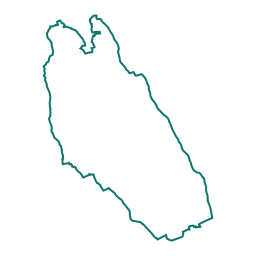 the district of Gaiceana, Bacau, Romania
{"feature_id": "2599482B22664417708487", "entity_name": "Gaiceana", "entity_type": "district", "adm_level": 2, "iso_a3": "ROU", "parent_name": "Romania", "parent_adm1": "Bacau", "projection": "equal_earth", "projection_center": [27.202, 46.364], "detail": "fine", "context": "isolated", "style": "outline", "palette": "teal", "viewbox_px": 256, "rotation_deg": 0, "n_neighbors": 0, "source": "geoboundaries", "source_scale": "gbopen_adm2", "svg_char_len": 5528}
<svg xmlns="http://www.w3.org/2000/svg" viewBox="0 0 256 256"><path d="M62.9,164.2L66.4,163.5L66.8,163.5L69.1,163.3L69.2,163.0L69.5,163.3L69.7,163.9L69.8,164.3L71.2,164.2L71.2,164.6L71.7,164.9L71.8,165.3L72.0,165.5L72.2,166.0L72.2,166.6L73.5,166.9L73.7,167.1L74.0,167.1L74.6,166.7L75.9,167.8L75.9,168.6L77.2,170.4L78.5,171.7L78.9,172.2L80.3,173.0L81.3,174.6L82.3,175.5L82.2,176.1L82.5,176.9L83.3,177.6L87.9,175.3L90.2,174.8L89.9,174.2L91.1,174.5L93.5,174.6L94.4,177.6L95.9,181.0L95.9,181.3L96.9,182.7L97.6,183.3L98.0,183.1L98.8,183.9L99.6,184.5L100.4,185.2L100.5,185.8L101.2,187.2L103.4,190.6L107.8,188.7L108.5,188.1L109.1,188.5L111.3,190.6L112.3,191.2L113.2,192.1L114.1,192.5L114.8,193.3L115.7,195.0L116.9,196.1L118.0,197.3L122.0,200.3L123.4,203.2L125.5,205.5L128.7,209.8L129.2,210.3L129.8,212.3L129.9,213.6L129.8,215.1L130.3,217.3L130.5,218.8L130.8,218.9L131.4,220.0L131.9,220.5L139.0,221.9L140.6,222.3L141.2,222.7L141.9,223.7L142.7,223.9L144.3,225.4L146.8,228.2L147.1,228.4L151.7,233.3L154.1,236.5L155.8,238.0L156.6,238.1L157.1,239.2L157.6,239.5L160.3,238.0L165.9,235.0L166.2,236.0L166.4,236.3L166.4,237.1L167.2,238.8L170.5,240.3L171.9,240.6L172.7,240.2L173.6,240.0L175.7,239.1L177.1,238.7L182.0,236.9L182.8,235.9L182.9,235.3L182.9,234.6L183.1,234.1L183.3,232.6L183.2,232.1L183.0,231.8L183.7,231.4L186.3,230.3L188.2,229.2L189.0,229.6L189.4,229.6L189.2,228.5L189.4,228.4L189.2,227.7L189.0,226.6L190.9,225.9L193.3,225.6L193.9,226.3L194.0,226.8L195.0,226.3L195.5,226.3L196.0,226.7L196.0,227.4L197.0,227.2L198.2,226.8L200.1,227.0L200.4,226.6L199.8,225.9L199.2,225.1L198.9,224.3L203.8,221.7L212.3,217.9L211.4,213.4L211.2,211.6L210.9,210.6L210.8,209.5L210.2,207.4L209.9,206.2L208.4,202.6L207.7,200.6L207.7,199.4L207.6,198.4L207.7,196.4L207.2,194.3L206.5,192.6L206.1,190.5L206.1,186.8L204.4,181.7L204.3,180.6L204.3,179.3L203.4,177.5L202.7,177.5L202.5,176.9L201.7,175.8L200.5,173.8L198.7,172.7L196.8,172.2L195.4,171.5L194.2,170.6L193.1,169.3L191.8,166.4L190.4,161.7L189.6,160.3L189.4,158.9L188.9,157.9L188.9,157.3L187.8,155.2L187.2,154.4L183.7,151.1L182.4,149.3L181.5,147.2L181.5,146.4L180.4,143.5L179.0,142.1L177.8,138.7L176.8,137.6L175.3,135.1L174.2,132.7L173.1,131.0L171.4,126.5L170.7,125.3L170.1,123.4L169.2,121.6L168.9,120.3L168.3,119.0L167.6,117.9L166.8,117.1L164.7,115.3L164.2,115.3L163.9,115.0L159.8,110.6L158.2,109.1L157.0,107.2L156.6,105.8L156.2,104.8L155.2,103.6L154.8,102.7L153.2,100.8L152.1,99.1L151.8,99.0L150.6,96.3L150.3,95.3L150.3,93.4L150.2,92.9L149.3,91.1L148.8,89.5L148.7,87.6L148.8,87.2L148.8,86.8L148.0,84.8L147.5,84.1L146.1,79.9L145.6,79.0L144.2,76.8L141.5,74.2L137.1,75.5L135.7,75.6L135.3,75.2L133.7,72.2L131.0,72.8L130.4,73.1L129.5,73.1L129.0,72.7L128.4,71.6L128.1,71.2L125.9,69.1L125.3,67.6L120.2,61.7L119.4,57.2L118.1,52.1L118.1,51.2L118.8,49.2L118.6,47.5L118.4,46.5L117.1,43.1L114.6,39.8L114.0,38.9L113.6,37.7L113.3,36.2L113.0,35.6L110.8,32.2L110.0,30.7L108.9,29.2L108.1,27.5L107.5,26.7L106.8,26.2L106.4,25.6L105.7,25.1L104.6,23.8L103.9,23.2L103.1,22.8L101.5,20.7L101.1,19.4L100.1,19.3L99.8,19.0L99.3,19.1L98.8,19.1L98.4,18.9L97.1,19.2L96.8,19.0L96.5,18.2L96.4,18.0L96.3,17.7L96.3,17.3L96.6,15.8L96.1,15.4L93.5,15.8L93.4,16.0L93.2,16.1L92.7,16.6L92.5,16.9L92.1,17.1L91.8,17.3L91.6,17.6L91.4,17.8L90.9,18.5L90.1,19.1L90.1,19.5L89.8,19.9L89.8,20.3L90.1,20.6L89.9,20.7L90.1,21.8L90.6,22.7L90.7,23.6L90.9,23.9L91.1,23.8L91.8,24.1L91.7,24.3L91.8,24.6L91.7,24.8L91.4,24.9L92.0,26.7L92.0,27.1L91.4,28.7L91.5,29.7L92.0,31.4L92.1,32.1L93.1,32.6L94.2,32.1L99.6,31.8L100.1,33.4L96.2,33.8L95.1,34.2L95.2,34.6L95.3,34.6L95.2,34.8L94.6,34.8L94.5,35.5L94.4,35.5L94.4,35.9L93.1,35.8L92.5,37.9L91.7,42.1L92.5,42.4L94.3,46.2L94.5,47.3L91.6,48.2L92.1,48.7L92.3,49.6L92.3,50.3L92.2,52.2L90.1,52.5L90.0,52.3L85.2,53.6L83.8,50.8L83.2,50.1L81.7,49.0L80.5,48.4L81.7,47.1L82.0,46.7L81.9,46.4L82.5,45.8L83.5,45.6L85.0,45.7L85.2,45.4L85.2,44.9L84.6,42.7L84.4,42.3L83.6,41.0L82.8,39.2L82.5,38.7L81.5,37.4L81.1,37.3L80.5,36.6L79.9,35.4L77.3,32.5L77.3,32.2L76.8,31.6L76.5,31.5L76.0,30.7L75.4,30.4L75.3,30.2L71.5,28.8L71.6,28.6L71.0,28.2L70.8,28.0L68.4,27.4L66.3,26.6L65.2,26.7L63.9,27.2L63.6,27.2L63.5,26.8L64.3,26.0L64.5,25.4L64.5,24.8L63.3,23.5L62.3,23.4L61.6,23.0L61.6,22.5L60.3,20.7L59.9,20.4L57.0,21.9L58.1,24.8L56.8,25.2L56.4,24.9L55.7,24.9L55.1,25.3L55.1,25.5L51.2,26.7L50.2,26.6L50.4,27.4L50.1,28.2L50.0,28.5L48.7,29.6L48.4,30.6L47.7,32.1L47.4,32.5L47.1,33.7L47.1,35.8L47.3,36.1L47.7,37.8L49.7,40.0L51.1,42.0L51.5,42.9L51.6,43.8L51.8,45.5L51.8,46.1L52.4,47.8L52.6,49.4L52.9,50.2L53.0,51.0L53.0,51.9L52.5,54.5L52.6,54.9L50.8,55.7L50.1,56.2L49.6,57.0L49.2,58.1L48.6,61.3L48.1,61.8L47.4,62.2L46.7,62.7L45.4,65.1L44.2,65.6L43.7,66.2L43.7,66.6L44.3,67.5L44.4,68.1L44.7,68.6L44.3,70.8L44.6,71.8L44.9,73.1L44.8,74.0L44.1,75.1L44.0,75.7L44.3,76.3L44.8,76.5L44.9,76.8L45.5,77.9L45.4,78.5L45.1,79.4L45.1,80.0L45.3,80.9L46.8,84.4L46.7,85.9L47.5,88.0L49.2,91.7L49.7,93.3L49.9,94.9L50.4,96.8L50.1,99.9L50.2,100.8L49.9,101.9L49.7,102.1L49.7,102.6L49.7,104.3L50.0,105.7L49.8,106.7L50.1,107.3L50.3,108.5L50.6,108.9L50.1,110.2L50.5,112.8L50.4,113.9L50.2,115.2L50.3,116.0L49.2,118.1L49.1,118.7L49.1,119.4L49.3,119.6L49.5,120.5L50.0,122.4L50.9,124.3L51.2,125.6L51.7,126.5L51.7,126.9L51.6,127.5L51.8,129.1L51.5,129.5L51.4,130.3L52.0,132.5L53.1,134.0L53.4,135.3L54.2,137.3L55.2,138.4L57.0,139.9L57.7,140.6L58.8,141.6L59.4,143.3L59.7,144.8L60.6,145.6L61.1,146.5L61.8,149.8L61.8,151.5L62.1,153.1L62.7,154.7L63.0,155.8L62.9,157.6L62.5,159.0L62.9,159.0L62.4,160.1L62.6,161.5L62.5,162.5L62.9,164.2Z" fill="none" stroke="#0f766e" stroke-width="2"/></svg>